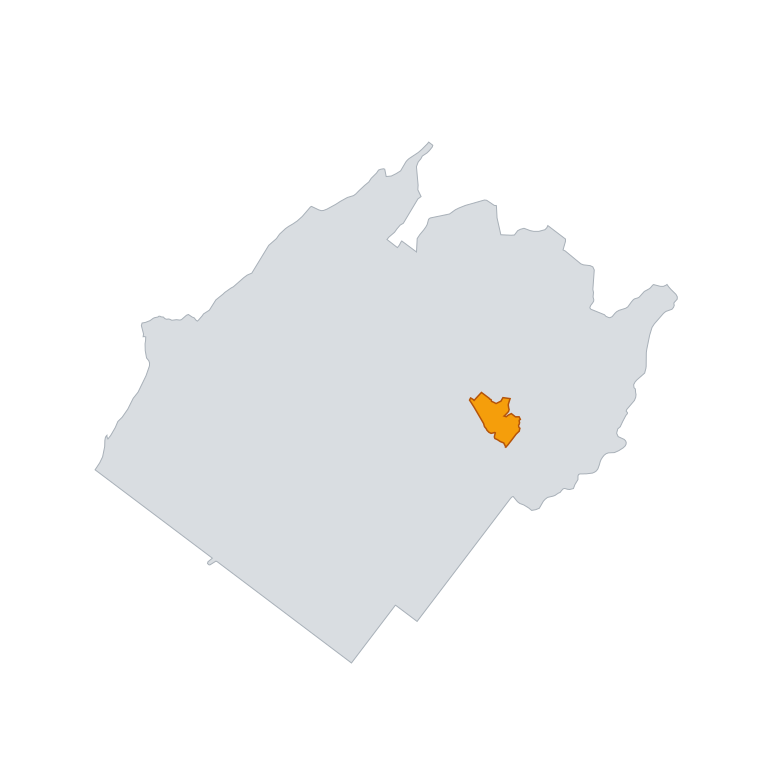 location of Melit, North Darfur, Sudan, rotated 217°
{"feature_id": "16777658B8925741103615", "entity_name": "Melit", "entity_type": "district", "adm_level": 2, "iso_a3": "SDN", "parent_name": "Sudan", "parent_adm1": "North Darfur", "projection": "equal_earth", "projection_center": [26.262, 14.2], "detail": "fine", "context": "in_parent", "style": "filled", "palette": "amber", "viewbox_px": 768, "rotation_deg": 217, "n_neighbors": 0, "source": "geoboundaries", "source_scale": "gbopen_adm2", "svg_char_len": 4913}
<svg xmlns="http://www.w3.org/2000/svg" viewBox="0 0 768 768"><g transform="rotate(217 384 384)"><path d="M493.9,604.1L488.7,604.0L488.1,602.4L488.2,597.9L488.7,594.5L490.6,589.1L490.1,586.1L490.3,581.9L488.9,577.1L476.4,563.3L473.9,559.5L467.2,556.0L468.3,552.2L465.3,524.0L466.7,520.7L467.0,515.8L466.9,511.5L468.5,504.3L468.6,501.2L455.4,501.0L455.3,504.1L455.9,507.6L455.9,508.9L437.5,509.0L445.0,520.1L445.3,524.9L445.0,531.0L445.1,534.8L445.5,537.4L447.5,542.3L447.4,543.2L447.0,544.4L434.0,559.2L431.9,566.0L430.1,569.6L426.4,575.7L414.5,591.4L412.6,592.5L403.5,593.0L402.6,593.4L401.9,594.1L401.5,594.0L393.7,584.7L380.5,573.5L371.9,579.4L369.5,581.5L369.5,586.9L368.2,589.6L365.9,592.6L359.5,594.5L356.1,596.1L352.2,599.1L348.3,604.1L348.0,606.8L348.5,609.1L326.3,609.0L324.9,607.1L321.7,598.8L319.4,599.3L299.2,598.4L296.4,599.2L290.6,602.6L287.7,603.2L284.7,601.6L274.1,585.2L271.8,583.2L269.4,579.3L267.2,577.6L266.4,576.3L266.2,574.6L266.2,571.0L265.5,568.7L263.8,568.2L249.6,572.0L247.5,571.6L244.5,572.3L243.5,572.9L242.3,575.1L242.1,579.6L241.7,581.8L240.6,584.3L236.6,589.9L235.7,592.3L235.8,598.5L235.6,601.6L235.0,603.0L233.2,605.4L232.5,606.8L231.8,614.6L229.6,619.4L229.1,621.1L228.9,624.5L228.6,625.6L222.1,628.3L219.7,630.0L218.2,632.7L217.9,633.8L215.1,632.9L211.6,632.2L204.8,631.3L202.2,630.1L200.9,628.2L201.3,623.5L200.7,622.4L199.6,621.6L198.9,619.5L199.0,617.0L202.6,611.5L203.3,608.6L204.3,594.7L204.0,590.5L201.2,582.8L194.8,569.4L193.3,566.8L185.2,555.8L184.3,554.2L182.4,549.6L184.5,539.4L184.7,536.6L184.2,533.7L182.1,531.5L180.3,531.3L177.9,528.6L176.4,527.3L175.0,524.9L174.1,521.6L174.8,509.6L174.3,508.1L172.3,507.6L171.8,506.8L171.9,504.5L170.8,497.7L169.6,492.0L170.3,488.9L168.6,484.7L165.3,482.9L158.9,484.3L156.9,484.0L155.5,483.2L154.5,481.7L154.1,479.9L154.5,477.1L156.4,472.0L158.7,467.9L163.3,464.1L164.6,462.1L165.3,459.8L165.4,457.3L165.2,454.5L164.6,452.1L163.3,448.8L162.1,444.9L162.1,442.4L162.7,440.5L163.9,438.3L168.5,433.9L173.3,430.2L174.1,428.9L173.8,427.4L171.6,424.4L171.0,418.6L169.8,414.5L172.2,411.5L174.0,410.4L176.7,409.4L177.8,408.2L178.1,405.7L178.1,403.4L179.1,401.7L180.4,397.9L181.5,396.2L185.1,391.9L185.9,389.1L186.2,386.4L185.2,378.2L187.3,374.8L190.0,371.9L193.8,372.1L199.7,371.5L203.7,370.3L206.5,370.3L213.1,371.9L213.7,371.2L214.1,369.0L214.7,214.3L241.5,214.3L241.8,214.1L242.1,141.6L410.2,141.7L411.6,141.4L414.2,134.7L415.3,134.2L417.0,134.5L417.6,136.1L416.3,141.6L563.1,141.6L563.6,149.9L564.9,156.5L569.4,165.9L573.0,171.0L574.4,173.8L574.5,175.1L574.4,176.3L573.3,174.9L571.4,174.0L571.3,178.4L572.4,187.5L574.0,193.9L573.1,199.8L573.5,209.8L575.7,221.7L575.5,229.4L579.0,247.3L582.2,257.3L583.9,259.7L585.8,261.0L589.3,261.9L594.7,266.9L599.0,272.3L600.5,275.1L602.6,278.2L604.0,277.6L604.8,276.8L606.2,279.3L612.9,284.6L613.9,287.1L611.6,289.6L609.0,293.8L607.8,297.7L607.1,298.9L604.9,301.4L604.6,302.6L603.7,303.3L602.6,303.4L600.4,304.7L598.4,304.3L596.3,305.0L595.6,306.0L594.0,306.8L591.8,307.2L588.4,310.5L585.5,312.2L584.5,313.5L583.1,320.1L582.0,321.8L577.5,322.0L575.4,322.6L572.4,321.8L570.9,321.9L570.6,323.3L570.2,329.0L570.3,331.4L567.9,337.9L568.9,350.0L566.6,359.1L566.3,361.2L564.0,368.4L562.8,371.0L560.0,384.5L558.8,388.6L556.3,393.0L559.5,425.4L557.4,435.4L557.6,440.8L556.2,448.8L555.0,452.5L553.1,457.0L551.4,462.0L550.1,468.6L549.3,481.1L548.8,482.2L540.9,483.8L538.4,484.7L536.8,486.1L534.8,489.3L530.8,498.1L528.8,503.5L525.5,510.9L521.7,516.1L520.9,518.7L520.3,523.4L519.0,530.9L517.7,536.2L518.0,540.5L516.9,548.0L517.1,551.6L515.8,553.6L513.9,555.6L512.7,556.0L507.1,551.0L503.3,554.5L500.9,559.3L499.0,564.2L500.2,574.5L500.1,576.8L499.6,579.3L496.0,589.4L495.0,594.0L493.9,602.1L493.9,604.1Z" fill="#d9dde1" stroke="#a8b0b8" stroke-width="1"/><path d="M274.5,448.2L280.8,444.7L280.3,440.7L282.6,436.1L282.8,435.8L284.4,435.6L285.4,435.4L286.8,435.1L287.3,434.9L287.8,434.9L288.7,435.8L289.5,435.9L290.4,435.6L291.4,435.9L292.2,435.9L296.0,435.9L298.4,435.9L301.1,435.9L301.9,428.1L302.0,427.0L302.2,425.1L303.4,425.3L306.4,425.0L306.4,424.9L306.4,424.6L306.3,424.3L306.3,424.2L306.2,423.9L306.2,423.6L306.1,423.4L306.1,423.1L306.1,422.9L306.0,422.6L304.8,422.2L302.6,421.4L297.6,419.5L280.7,412.4L278.1,410.4L275.5,409.8L273.9,409.0L271.1,408.6L269.5,408.9L268.8,409.0L267.4,410.6L266.4,411.9L265.7,412.0L264.7,409.5L264.0,408.1L262.6,407.2L259.9,407.8L256.5,408.0L252.9,409.0L251.2,408.1L248.7,407.0L248.8,406.8L248.7,406.8L248.4,410.2L248.4,412.2L248.3,416.6L248.3,423.5L247.6,427.8L248.0,428.5L248.3,429.1L248.8,430.4L249.1,430.3L250.5,430.8L251.2,431.5L251.8,432.3L251.8,433.3L252.3,434.3L252.7,435.0L253.2,435.2L254.2,436.4L253.8,437.8L256.4,439.1L259.2,436.9L260.6,436.9L264.5,437.0L266.0,434.0L266.7,431.4L268.8,430.7L268.7,431.0L268.2,434.5L268.0,437.0L268.7,438.9L270.1,440.0L272.1,442.0L272.4,442.5L272.9,443.7L274.5,448.2Z" fill="#f59e0b" stroke="#b45309" stroke-width="1.5"/></g></svg>